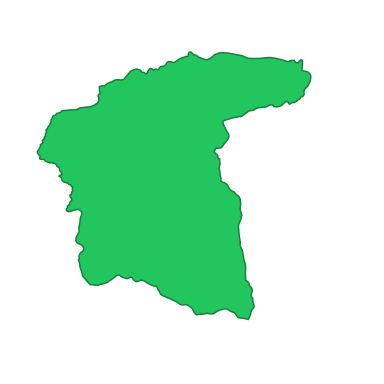 the district of Chima, Santander, Colombia, rotated 77°
{"feature_id": "7082276B29202754493362", "entity_name": "Chima", "entity_type": "district", "adm_level": 2, "iso_a3": "COL", "parent_name": "Colombia", "parent_adm1": "Santander", "projection": "mercator", "projection_center": [-73.411, 6.385], "detail": "fine", "context": "isolated", "style": "filled", "palette": "green", "viewbox_px": 384, "rotation_deg": 77, "n_neighbors": 0, "source": "geoboundaries", "source_scale": "gbopen_adm2", "svg_char_len": 5945}
<svg xmlns="http://www.w3.org/2000/svg" viewBox="0 0 384 384"><g transform="rotate(77 192 192)"><path d="M328.8,165.8L325.2,163.0L321.1,160.9L320.1,160.0L319.0,158.3L318.3,157.6L317.2,157.1L315.2,157.1L312.2,157.4L309.1,156.7L307.1,157.8L306.1,157.7L303.7,156.6L301.9,155.5L299.7,155.3L298.6,155.6L296.6,156.8L295.5,157.1L293.4,157.1L292.6,157.4L291.4,158.2L289.9,159.6L286.1,158.7L283.4,158.3L278.7,157.0L274.5,156.2L270.5,156.7L260.5,156.1L259.3,156.2L256.9,157.0L254.7,157.0L253.1,156.8L251.7,156.2L247.1,156.0L236.7,154.7L233.6,153.5L230.0,150.8L225.9,148.7L220.2,149.0L218.5,148.7L214.5,147.3L210.0,146.7L207.8,147.0L206.8,147.4L204.1,149.7L201.6,150.8L199.6,153.3L197.6,154.8L193.7,155.8L192.5,156.4L189.9,158.6L189.7,159.7L187.6,161.5L185.6,160.8L184.9,160.7L183.1,160.8L178.7,160.3L175.1,160.2L173.7,159.8L171.0,158.3L169.2,158.3L166.0,157.7L165.7,158.2L164.7,158.9L162.0,158.9L161.2,159.3L158.4,161.2L157.4,161.3L156.2,160.1L154.7,158.9L155.0,158.1L155.5,154.0L155.4,153.5L153.7,151.2L152.2,149.7L149.3,145.8L147.6,144.3L145.9,143.4L144.7,143.4L143.6,143.5L141.4,144.3L134.6,145.9L132.3,146.2L130.5,146.1L129.9,145.6L129.6,144.2L129.0,137.5L128.9,134.0L129.2,130.6L129.0,128.5L129.6,127.4L129.2,126.1L126.1,118.9L125.9,117.4L126.1,113.8L125.3,111.5L124.8,109.0L125.3,103.9L125.7,101.8L125.7,100.4L124.6,95.9L125.2,94.3L125.7,93.7L126.3,93.3L127.0,93.2L127.3,92.9L128.2,90.1L128.2,87.5L127.9,85.5L127.5,84.4L127.0,83.9L125.1,80.6L124.9,79.7L125.2,78.8L125.6,78.5L126.3,78.2L127.9,77.7L128.3,77.2L128.3,76.5L127.6,75.1L127.4,74.0L127.8,72.6L127.5,70.4L127.1,69.5L126.4,68.6L125.9,67.6L125.8,66.5L125.3,65.7L124.1,64.7L123.8,63.7L123.8,62.9L123.5,62.2L121.9,60.6L120.5,60.6L117.4,59.5L115.4,56.2L114.0,54.6L110.5,51.9L107.0,50.4L105.6,50.2L104.4,50.3L102.7,51.0L101.7,51.8L101.0,52.4L100.4,53.2L99.0,56.8L98.2,57.4L97.2,57.4L93.3,55.8L90.1,55.1L88.9,55.0L88.1,55.3L87.8,55.7L87.9,56.8L89.7,59.5L89.9,60.2L89.8,60.8L89.4,61.5L86.7,62.9L86.3,64.8L86.3,67.1L86.6,68.3L86.6,69.2L86.4,69.9L84.4,72.9L82.5,76.4L80.2,81.2L79.8,82.6L78.8,84.8L78.1,87.6L77.1,95.9L75.6,102.7L74.6,106.6L73.7,108.3L70.5,112.5L64.9,125.2L63.4,129.9L62.7,133.6L62.7,134.4L63.2,136.6L63.1,138.4L63.5,139.5L65.4,142.9L66.0,144.9L66.4,146.3L66.4,147.7L66.0,149.2L63.2,153.6L61.8,155.4L59.5,157.4L59.0,158.8L56.9,160.7L56.2,160.9L55.4,161.7L55.2,162.6L55.3,163.6L56.1,164.3L58.5,165.0L58.8,166.0L58.6,167.3L59.1,172.0L59.7,174.9L61.4,178.8L61.7,180.1L61.5,181.3L60.6,182.9L60.0,184.5L59.8,185.8L60.0,186.8L60.5,187.4L62.9,190.0L63.2,191.3L62.7,193.8L63.1,195.1L63.8,195.9L64.7,196.5L65.2,197.3L65.1,198.0L64.2,199.2L64.3,202.3L62.8,203.7L62.3,204.5L62.5,205.6L63.6,207.1L65.8,208.9L66.3,209.6L66.6,210.3L65.2,211.4L64.5,212.3L64.0,214.1L62.9,214.2L61.6,215.0L60.2,217.6L59.8,218.0L59.7,219.3L60.2,223.6L60.6,225.0L63.5,228.6L64.5,230.1L66.8,232.7L67.1,233.9L67.0,235.4L65.7,239.9L65.6,241.9L65.8,243.2L66.6,245.2L66.7,246.9L67.1,248.9L67.6,250.8L68.8,253.5L68.8,254.4L68.4,255.4L68.3,256.4L68.3,257.5L68.7,258.7L71.3,259.2L74.8,259.2L75.7,259.9L75.9,260.8L76.5,261.6L77.5,261.9L80.0,261.8L81.6,262.1L82.6,262.5L84.1,264.2L85.3,267.4L86.0,271.2L86.0,272.6L85.9,273.9L85.5,275.1L85.3,278.5L84.8,282.3L85.6,284.6L85.7,286.7L85.4,287.3L85.4,289.4L84.7,291.4L84.5,292.7L84.5,294.0L83.8,298.8L83.5,299.7L83.5,300.5L84.2,301.2L84.8,302.0L85.1,304.1L85.0,305.2L85.0,306.1L86.3,307.8L86.6,309.9L88.3,311.6L89.3,312.1L89.9,312.9L92.5,313.9L93.1,314.7L94.9,315.7L95.3,316.5L96.1,317.4L97.7,318.7L99.0,320.4L101.1,320.3L102.5,321.8L104.1,322.0L105.2,323.5L106.2,323.9L107.2,323.8L107.7,325.4L108.2,326.3L110.6,326.2L111.1,327.1L111.4,328.1L111.8,329.0L113.7,329.6L114.7,330.8L115.7,331.0L116.4,331.8L116.9,332.8L117.8,333.6L119.2,333.8L121.7,332.7L122.4,332.0L123.2,332.1L124.3,332.8L125.3,332.8L126.2,331.8L127.0,328.9L129.5,327.4L130.1,326.4L131.8,323.4L131.8,322.6L132.4,321.2L133.1,319.7L133.7,318.8L134.7,318.2L136.2,317.9L137.2,317.3L138.0,316.1L141.9,315.9L145.5,314.3L145.9,314.8L146.0,317.5L146.5,318.0L148.5,316.4L149.9,315.9L151.3,316.1L152.5,315.5L153.7,314.4L155.2,311.3L156.0,310.6L156.7,310.5L157.3,309.8L157.6,308.8L158.2,308.3L159.2,308.2L159.9,307.6L160.5,307.4L162.1,308.0L163.4,307.9L164.5,308.3L164.8,309.1L165.9,309.5L166.5,309.6L167.0,310.2L167.4,311.4L168.3,311.9L169.8,311.5L171.0,311.0L172.7,310.8L173.5,311.7L174.2,312.9L175.0,313.5L176.7,314.0L177.3,316.2L177.9,316.6L179.6,317.0L180.6,318.3L181.4,318.5L182.7,317.8L183.3,316.9L183.6,315.5L183.5,313.9L183.0,311.1L183.4,306.9L184.4,305.4L186.0,304.3L188.0,303.9L190.0,305.0L191.6,306.4L196.1,308.0L197.0,308.2L201.1,310.3L204.8,310.7L205.8,311.3L206.3,312.0L208.1,313.0L208.9,314.1L210.2,315.1L212.6,316.0L213.7,316.1L215.1,315.7L216.4,314.9L217.6,313.0L219.2,311.2L220.7,310.5L222.0,310.2L223.1,310.3L225.1,311.7L225.6,312.3L225.5,312.9L225.7,313.5L226.9,314.9L228.4,316.2L228.9,316.5L231.3,316.8L232.6,318.0L233.0,317.8L236.0,317.7L241.1,318.0L244.4,317.5L248.8,317.3L249.9,317.1L257.7,313.1L259.4,311.9L259.7,311.0L259.8,310.2L260.7,308.1L261.7,305.0L261.6,303.8L261.3,302.6L261.5,300.0L261.4,298.5L261.0,294.5L259.7,291.6L258.4,288.2L256.8,285.1L256.3,283.5L256.3,282.2L257.0,281.1L258.5,279.9L259.9,278.3L261.5,275.6L261.8,274.3L261.3,272.2L261.3,270.3L261.9,269.6L263.5,269.1L264.5,268.6L266.4,267.1L266.8,266.5L266.9,265.8L266.9,264.8L266.4,262.0L266.6,260.5L268.0,258.5L270.8,255.8L273.7,252.4L274.6,251.0L275.6,248.6L276.0,247.8L277.0,247.4L279.6,247.0L281.1,246.3L284.5,245.6L285.9,244.6L288.2,241.3L289.9,239.3L290.9,237.6L294.8,232.6L295.6,231.7L298.3,229.3L299.1,228.5L299.9,226.8L300.3,223.3L301.6,221.2L303.4,219.6L305.3,218.3L306.5,217.8L310.2,216.8L312.1,215.7L312.8,215.0L312.8,211.9L313.4,209.3L313.6,204.7L315.2,200.3L315.3,199.6L315.3,197.7L313.9,194.5L313.3,191.1L313.1,187.7L313.3,186.0L313.6,185.1L314.7,183.4L316.9,181.1L319.1,177.9L320.3,177.3L321.0,176.8L323.5,175.9L324.7,175.1L325.6,173.4L326.6,170.4L328.8,165.8Z" fill="#22c55e" stroke="#15803d" stroke-width="1.5"/></g></svg>